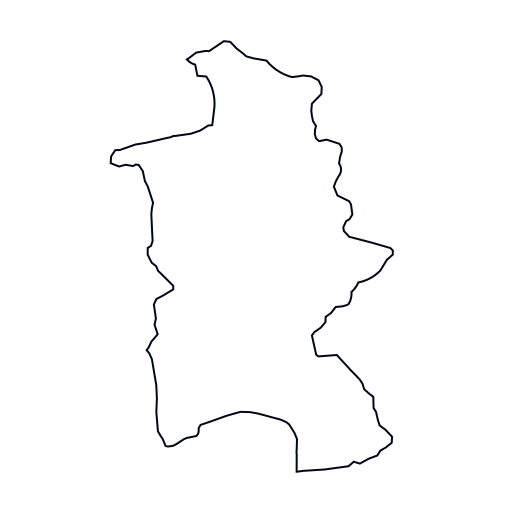 outline of As-Sanamayn, Dar`a, Syria, rotated 96°
{"feature_id": "27442178B3893178613366", "entity_name": "As-Sanamayn", "entity_type": "district", "adm_level": 2, "iso_a3": "SYR", "parent_name": "Syria", "parent_adm1": "Dar`a", "projection": "mercator", "projection_center": [36.188, 33.104], "detail": "fine", "context": "isolated", "style": "outline", "palette": "ink", "viewbox_px": 512, "rotation_deg": 96, "n_neighbors": 0, "source": "geoboundaries", "source_scale": "gbopen_adm2", "svg_char_len": 5943}
<svg xmlns="http://www.w3.org/2000/svg" viewBox="0 0 512 512"><g transform="rotate(96 256 256)"><path d="M194.6,167.0L191.8,169.1L187.3,181.3L179.0,185.8L173.3,184.4L168.0,182.2L167.8,182.1L167.5,181.9L167.3,181.8L167.0,181.6L166.9,181.6L166.7,181.4L166.4,181.3L166.2,181.2L165.9,181.1L165.5,181.0L165.3,180.9L165.0,180.8L164.9,180.8L164.6,180.7L164.3,180.6L164.2,180.6L163.8,180.5L163.5,180.5L163.3,180.5L163.1,180.5L162.8,180.4L162.6,180.4L162.3,180.4L162.0,180.4L161.7,180.4L161.3,180.5L161.1,180.5L160.9,180.5L160.6,180.5L160.4,180.6L160.1,180.6L159.8,180.7L159.6,180.8L159.3,180.9L159.0,180.9L158.8,181.0L158.5,181.1L158.3,181.2L158.0,181.4L157.8,181.5L157.5,181.6L157.3,181.7L157.0,181.9L156.9,181.9L156.7,182.1L156.2,182.4L156.0,182.6L155.8,182.7L155.6,182.9L155.4,183.1L148.6,182.7L143.0,181.6L138.9,182.2L135.7,184.8L132.9,197.9L135.2,205.2L132.8,208.6L128.9,210.2L124.5,210.5L120.3,209.9L118.1,211.8L115.9,213.4L111.0,215.0L105.7,216.2L98.7,216.3L88.0,207.9L81.0,208.3L74.7,212.2L71.6,220.1L71.6,228.4L72.5,231.1L74.3,238.8L74.2,239.4L74.1,240.0L73.9,240.9L73.8,241.9L73.6,242.5L73.5,242.8L73.4,243.4L73.2,244.0L73.1,244.3L73.0,244.9L72.9,245.2L72.8,245.5L72.6,246.1L72.4,246.7L72.2,247.3L72.1,247.6L71.9,248.1L71.8,248.4L71.7,248.7L71.5,249.3L71.4,249.6L71.1,250.2L71.0,250.5L70.8,251.0L70.5,251.6L70.4,251.9L70.1,252.4L70.0,252.7L69.8,253.0L69.7,253.3L69.4,253.8L69.1,254.4L68.8,254.9L68.7,255.2L68.4,255.8L68.1,256.3L67.7,256.8L67.4,257.4L67.2,257.6L67.1,257.9L66.7,258.4L66.4,258.9L66.0,259.4L65.7,259.9L65.3,260.5L65.1,260.7L64.7,261.2L64.4,261.7L64.0,262.2L63.6,262.7L63.2,263.1L63.0,263.4L62.6,263.8L62.1,264.3L61.7,264.8L61.5,265.0L61.1,265.4L60.6,265.9L59.9,275.4L59.7,279.1L58.5,286.5L55.5,290.7L51.6,297.1L45.7,304.0L45.7,310.4L57.2,324.1L57.3,327.5L60.0,336.8L67.1,344.3L67.7,345.3L68.0,345.0L68.2,344.8L68.4,344.5L68.6,344.3L68.7,344.1L68.9,343.8L69.1,343.6L69.3,343.4L69.5,343.0L69.7,342.8L69.8,342.5L70.0,342.3L70.1,342.0L70.3,341.7L70.5,341.2L70.7,340.9L70.8,340.7L70.9,340.4L71.0,340.1L71.2,339.7L71.3,339.5L71.4,339.2L71.5,338.9L71.5,338.6L71.6,338.3L71.7,338.0L71.8,337.7L71.8,337.4L71.9,337.1L71.9,336.8L72.0,336.5L82.9,333.1L82.7,324.3L83.0,324.0L83.3,323.8L83.8,323.4L84.3,323.0L84.6,322.8L84.9,322.5L85.4,322.2L85.7,321.9L86.1,321.7L86.6,321.3L87.1,321.0L87.6,320.7L88.1,320.3L88.4,320.1L88.8,319.9L89.3,319.6L89.8,319.3L90.2,319.1L90.5,318.9L91.1,318.6L91.4,318.4L91.8,318.2L92.2,318.0L92.7,317.8L93.2,317.5L93.6,317.3L94.2,317.1L94.5,316.9L95.1,316.7L95.5,316.5L96.0,316.3L96.4,316.2L96.8,316.0L97.4,315.8L97.8,315.7L98.3,315.5L98.7,315.4L99.3,315.2L99.9,315.0L100.6,314.8L101.0,314.7L101.5,314.5L102.0,314.4L102.5,314.3L103.0,314.2L103.5,314.0L104.0,313.9L104.6,313.8L105.1,313.7L105.6,313.6L106.1,313.6L106.6,313.5L107.1,313.4L107.6,313.3L108.3,313.3L108.9,313.2L109.6,313.1L110.2,313.1L110.9,313.0L111.5,313.0L112.1,313.0L112.9,312.9L130.5,313.2L131.2,317.1L137.2,324.8L141.2,333.5L145.1,349.0L145.2,350.6L146.8,353.3L147.6,356.0L154.8,376.9L157.8,387.7L164.9,402.7L165.4,407.0L172.1,410.5L178.9,410.2L181.3,401.6L178.9,395.2L179.4,387.6L177.7,385.3L177.6,382.3L183.3,377.5L193.1,374.3L198.2,370.9L213.9,363.9L219.2,364.5L225.1,364.5L237.8,362.6L251.9,360.4L256.8,361.4L259.3,364.5L266.0,363.9L273.6,359.0L276.5,354.3L281.0,351.8L285.1,346.6L294.3,335.2L297.9,334.8L305.2,344.5L309.2,350.6L314.9,352.5L328.6,349.0L335.0,349.7L344.1,345.6L350.4,349.9L351.2,350.5L352.1,351.1L358.2,353.2L361.1,354.9L363.9,352.0L369.6,348.7L394.8,341.7L407.7,339.7L421.7,338.8L440.6,335.2L444.8,332.1L448.0,329.5L454.3,326.1L454.7,323.8L454.0,320.6L453.2,318.2L451.6,315.8L445.7,308.5L444.2,305.9L443.7,304.2L441.2,296.4L438.5,294.9L436.1,294.7L433.1,295.0L430.0,293.6L429.7,293.3L425.7,284.6L418.2,269.1L415.4,262.2L412.6,255.1L411.9,245.5L412.5,237.3L416.2,214.2L418.1,208.4L420.1,205.4L427.7,199.4L433.7,196.1L444.4,195.3L445.9,195.3L449.9,194.7L461.9,193.5L466.3,193.0L464.7,186.3L461.1,165.2L455.4,142.0L450.3,137.2L450.5,136.5L450.7,135.7L450.8,135.0L451.0,134.1L451.1,133.4L451.3,132.6L451.4,131.8L451.6,131.0L445.9,122.8L441.7,114.5L436.6,112.0L432.9,106.9L427.5,101.5L421.5,101.8L415.3,109.1L411.6,115.3L407.0,117.4L398.4,120.4L394.9,123.2L383.8,124.6L380.8,129.5L377.1,134.6L372.3,136.5L367.9,140.0L359.2,150.4L346.0,165.3L349.3,183.2L349.0,184.3L347.7,185.9L329.2,192.1L325.6,190.0L320.6,184.2L314.5,180.0L309.3,180.4L304.7,175.3L298.4,171.4L297.0,164.7L295.3,160.5L294.1,158.9L291.4,157.8L291.0,157.7L290.6,157.6L290.2,157.5L289.8,157.4L289.4,157.4L289.0,157.3L288.6,157.2L288.2,157.2L287.8,157.1L287.5,157.1L287.1,157.1L286.7,157.0L286.2,157.0L285.8,157.0L285.4,157.0L285.0,157.0L284.6,157.0L284.3,157.0L283.9,157.0L283.5,157.1L283.1,157.1L282.7,157.2L282.2,157.2L281.8,157.3L281.6,157.1L281.3,156.8L281.0,156.6L280.7,156.4L280.4,156.1L280.1,155.8L279.8,155.6L279.5,155.4L279.2,155.2L278.9,155.0L278.6,154.8L278.3,154.6L278.0,154.4L277.7,154.2L277.4,154.0L277.1,153.9L276.8,153.7L276.5,153.5L276.1,153.4L275.8,153.2L275.5,153.0L275.1,152.8L274.7,152.7L274.4,152.5L274.1,152.4L273.6,152.2L273.3,152.1L272.9,152.0L272.6,151.9L272.3,151.7L271.9,151.6L271.6,151.5L271.4,151.0L271.3,150.5L271.2,150.3L271.0,149.8L270.9,149.6L270.8,149.1L270.7,148.8L270.5,148.4L270.3,147.9L270.1,147.4L270.0,147.2L269.8,146.7L269.6,146.2L269.4,145.8L269.2,145.5L269.0,145.1L268.9,144.8L268.7,144.4L268.4,143.9L268.3,143.7L268.1,143.2L267.8,142.8L267.5,142.4L267.4,142.1L267.3,141.9L267.0,141.5L266.7,141.0L266.6,140.8L266.3,140.4L266.0,140.0L265.9,139.8L265.6,139.3L265.3,138.9L265.0,138.5L264.7,138.1L264.5,137.9L264.2,137.5L263.9,137.1L263.7,136.9L263.5,136.7L263.2,136.3L262.8,135.9L262.3,135.3L262.0,135.0L261.6,134.6L261.3,134.2L260.7,133.7L260.3,133.3L260.0,133.0L259.4,132.5L259.0,132.1L258.4,131.6L258.0,131.3L257.4,130.8L246.0,125.4L240.3,120.1L236.2,120.5L234.0,123.3L230.6,142.4L227.2,165.2L222.0,171.2L218.4,172.2L211.9,170.0L209.6,166.8L204.6,164.5L194.6,167.0Z" fill="none" stroke="#020617" stroke-width="2"/></g></svg>